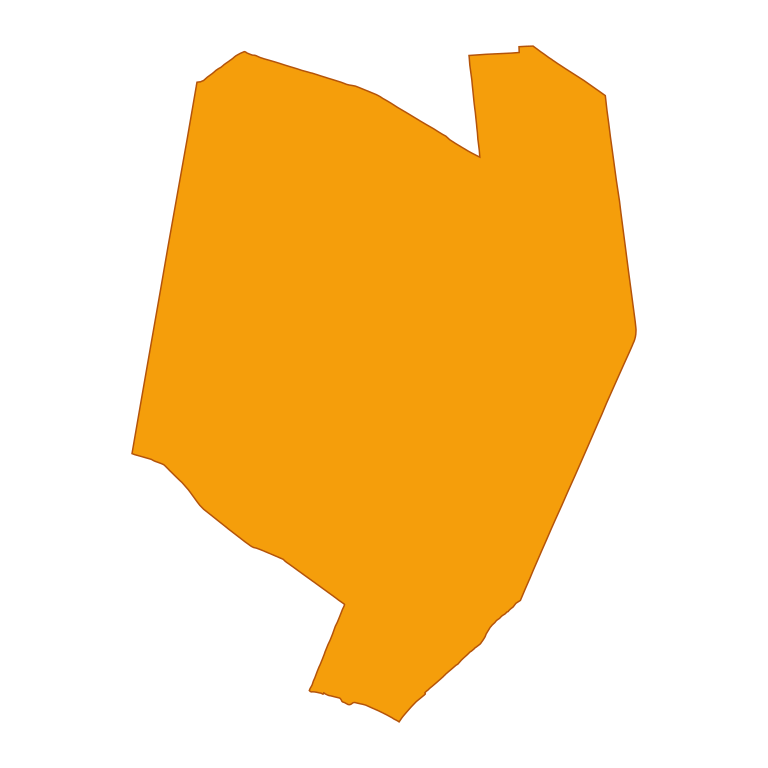 the district of Don Mueang, Bangkok Metropolis, Thailand
{"feature_id": "78962969B41051617960371", "entity_name": "Don Mueang", "entity_type": "district", "adm_level": 2, "iso_a3": "THA", "parent_name": "Thailand", "parent_adm1": "Bangkok Metropolis", "projection": "equal_earth", "projection_center": [100.591, 13.921], "detail": "fine", "context": "isolated", "style": "filled", "palette": "amber", "viewbox_px": 768, "rotation_deg": 0, "n_neighbors": 0, "source": "geoboundaries", "source_scale": "gbopen_adm2", "svg_char_len": 5542}
<svg xmlns="http://www.w3.org/2000/svg" viewBox="0 0 768 768"><path d="M520.4,600.4L525.3,588.8L529.9,578.3L533.4,569.9L537.7,560.0L542.1,549.8L546.6,539.6L551.5,528.3L555.1,520.2L561.7,505.6L567.8,491.7L574.9,475.9L588.1,445.8L597.9,423.2L601.6,414.9L606.5,403.2L612.1,390.6L615.4,383.2L623.8,364.4L629.3,352.3L632.2,345.7L633.2,343.2L634.0,341.5L634.7,339.5L635.4,336.8L635.8,334.3L635.9,332.5L636.0,330.7L636.0,329.4L635.8,327.2L635.2,321.6L631.5,293.7L628.4,270.5L626.0,251.9L625.4,247.2L623.3,231.2L620.8,211.9L619.5,201.1L616.4,180.7L613.9,162.3L611.8,146.9L610.4,136.8L608.7,123.2L607.0,110.6L605.3,95.6L602.2,93.4L583.9,80.5L565.0,68.4L560.0,65.1L557.8,63.7L554.2,61.2L552.8,60.3L551.8,59.5L550.1,58.4L549.6,58.1L549.0,57.7L548.3,57.2L543.8,53.9L540.9,51.9L533.1,46.1L526.3,46.3L524.4,46.4L519.0,46.7L519.2,52.5L511.3,53.1L486.1,54.3L469.0,55.5L469.2,57.3L469.8,65.0L470.6,71.0L471.8,79.7L472.4,86.2L472.8,89.9L473.9,100.9L474.4,105.4L474.5,106.0L474.6,107.2L475.3,112.3L475.7,116.3L476.6,124.8L476.7,126.2L476.9,128.2L477.4,132.6L477.9,139.5L478.1,140.9L478.5,144.1L479.3,150.6L479.8,157.1L478.1,156.3L476.7,155.6L471.1,152.7L467.9,150.9L461.2,146.9L455.1,143.2L449.7,139.7L445.8,136.1L445.4,135.9L442.6,134.4L437.9,131.5L433.7,128.8L426.0,124.4L419.9,120.8L419.1,120.3L413.0,116.6L407.9,113.5L397.7,107.5L391.0,103.2L387.7,101.2L384.2,99.2L382.9,98.5L380.4,96.8L378.6,95.8L376.5,94.7L374.6,93.9L359.0,87.5L355.4,86.1L352.3,85.5L349.1,85.0L346.4,84.3L344.7,83.6L344.2,83.4L340.7,82.1L332.0,79.4L328.0,78.2L325.3,77.3L324.6,77.1L320.1,75.7L316.2,74.4L315.7,74.3L314.6,73.9L312.0,73.1L310.9,72.9L307.8,72.0L301.9,70.4L297.1,68.8L295.1,68.2L293.5,67.7L290.1,66.7L284.9,65.1L279.7,63.4L274.2,61.7L269.0,60.2L263.7,58.7L262.9,58.4L260.1,57.5L257.4,56.3L256.4,55.8L255.5,55.5L254.9,55.3L254.3,55.3L254.0,55.2L253.3,55.2L253.0,55.2L252.5,55.1L252.1,55.0L251.5,54.8L249.9,54.2L247.7,53.3L247.0,53.0L246.2,52.4L245.3,51.9L244.8,51.7L244.7,51.7L244.1,51.7L243.9,51.8L240.6,53.2L237.8,54.7L235.9,55.8L234.1,57.2L233.4,57.9L231.2,59.6L230.0,60.4L229.1,61.1L228.1,61.8L226.2,63.1L225.1,63.9L224.2,64.5L223.0,65.6L221.9,66.5L221.7,66.7L221.6,66.8L221.4,66.9L221.3,67.0L221.2,67.1L220.9,67.3L220.6,67.5L220.4,67.6L220.2,67.7L220.0,67.8L219.9,67.9L219.7,68.0L219.3,68.2L218.2,68.8L217.2,69.6L216.9,69.7L216.8,69.8L216.7,69.9L216.5,70.0L216.4,70.1L216.2,70.2L216.1,70.3L215.9,70.4L215.8,70.5L215.7,70.6L214.9,71.3L213.8,72.3L212.9,73.0L212.5,73.4L207.4,77.1L205.5,78.8L203.8,80.3L203.4,80.6L203.1,80.7L202.8,80.8L202.3,81.0L201.8,81.2L200.5,81.8L200.3,81.9L200.0,81.9L199.3,81.9L197.0,82.2L196.8,83.2L196.3,86.0L196.3,86.5L196.1,87.3L187.2,138.9L168.0,246.7L166.9,253.1L160.3,291.2L146.3,371.2L140.6,403.9L132.0,453.6L134.6,454.6L150.8,459.2L151.4,459.4L152.3,459.9L153.5,460.6L155.3,461.4L158.4,462.5L161.3,463.6L162.7,464.2L163.9,464.8L164.2,465.1L165.1,465.9L166.4,467.2L169.8,470.7L175.7,476.5L179.2,479.9L180.8,481.4L181.9,482.4L188.3,489.7L189.2,490.9L189.8,491.7L197.5,502.3L199.9,505.4L203.7,509.3L204.6,510.0L227.1,527.9L227.9,528.6L245.1,541.9L248.6,544.4L250.2,545.6L251.1,546.2L251.8,546.6L253.2,547.3L253.6,547.5L254.1,547.6L256.3,548.1L256.9,548.3L257.4,548.5L261.1,549.9L261.8,550.2L268.5,553.0L282.0,558.8L282.9,559.2L283.3,559.4L285.1,561.2L285.5,561.5L286.5,562.3L288.7,563.8L291.6,565.9L304.4,575.2L320.2,586.6L336.4,598.4L338.3,599.9L340.0,601.1L341.3,602.0L344.0,603.9L344.5,604.4L344.1,606.0L342.5,609.3L339.9,616.0L337.4,622.1L335.3,626.3L332.5,634.2L330.1,640.2L328.0,644.6L325.7,650.3L325.1,651.7L324.4,653.9L322.3,659.3L320.1,664.7L319.0,667.0L317.3,671.2L314.8,677.9L313.4,681.0L312.2,684.7L311.6,685.9L310.1,688.5L309.3,690.5L310.3,691.5L310.8,691.7L311.3,691.9L312.6,691.8L314.4,691.9L316.3,692.2L319.4,692.9L320.6,693.1L321.3,693.3L322.2,693.8L322.5,693.9L322.8,694.1L323.0,694.1L323.3,694.0L323.8,692.9L324.4,693.2L325.0,693.8L328.0,695.2L329.1,695.6L330.6,695.8L334.1,696.7L339.0,697.9L339.7,698.1L339.9,698.2L340.3,698.6L341.2,699.8L341.7,701.0L341.9,701.2L342.4,701.8L342.8,702.0L344.6,702.6L345.6,703.2L347.1,704.0L348.0,704.5L349.2,704.7L350.0,704.6L351.2,704.1L352.8,702.9L353.2,702.7L353.7,702.6L354.4,702.5L354.9,702.5L356.4,702.9L359.0,703.5L361.2,704.0L361.9,704.1L363.1,704.4L365.7,705.1L372.1,708.0L378.5,710.8L386.4,714.7L392.1,717.8L393.0,718.4L393.7,718.9L395.9,720.0L397.6,720.9L399.1,721.9L401.9,717.8L403.3,716.0L403.9,715.3L406.8,711.9L411.2,706.9L415.6,702.3L416.4,701.5L424.3,695.0L425.2,694.1L425.3,693.9L425.3,693.6L424.9,692.9L424.9,692.7L425.0,692.6L425.6,692.0L426.3,691.3L426.9,690.7L427.0,690.6L427.4,690.6L429.3,688.7L429.6,688.4L430.9,687.3L431.3,687.0L431.8,686.6L436.5,682.6L443.5,676.4L443.9,675.9L444.2,675.5L444.6,675.2L444.9,675.0L445.3,674.6L445.6,674.2L445.8,674.0L447.7,672.4L448.0,672.1L450.6,669.9L451.1,669.5L455.6,665.6L456.2,665.1L457.8,664.2L461.3,660.2L463.8,657.8L467.3,654.7L470.1,651.9L471.3,651.2L473.1,649.7L474.5,648.5L474.6,648.2L475.6,647.4L475.9,647.3L478.8,645.1L480.2,644.0L480.7,643.3L481.2,642.8L481.5,642.2L482.9,640.3L484.1,638.4L485.0,636.9L485.4,636.0L485.7,635.2L485.9,634.5L486.8,632.9L487.6,631.6L490.2,627.3L490.5,627.0L491.3,626.1L491.7,625.6L492.2,625.0L494.8,622.6L496.0,621.1L496.4,620.6L497.7,619.6L498.3,619.2L498.9,618.8L499.5,618.4L500.9,616.9L501.1,616.7L501.3,616.5L502.2,615.7L503.9,614.6L504.7,614.2L504.9,614.0L505.8,613.2L506.5,612.4L506.9,612.0L507.6,611.8L508.2,611.5L508.7,610.8L509.6,609.8L511.1,608.5L512.7,607.3L513.1,607.0L515.6,603.7L515.9,603.4L516.2,603.1L520.4,600.4Z" fill="#f59e0b" stroke="#b45309" stroke-width="1.5"/></svg>